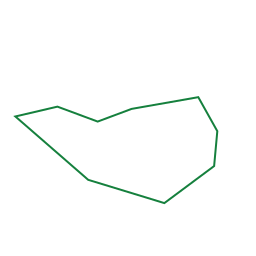 an SVG outline of St. Eustatius, rotated 315°
{"feature_id": "NLD-5148", "entity_name": "St. Eustatius", "entity_type": "Special Municipality", "adm_level": 1, "iso_a3": "NLD", "parent_name": "Netherlands", "parent_adm1": "", "projection": "albers", "projection_center": [-62.975, 17.495], "detail": "fine", "context": "isolated", "style": "outline", "palette": "green", "viewbox_px": 256, "rotation_deg": 315, "n_neighbors": 0, "source": "natural_earth", "source_scale": "10m", "svg_char_len": 279}
<svg xmlns="http://www.w3.org/2000/svg" viewBox="0 0 256 256"><g transform="rotate(315 128 128)"><path d="M56.5,40.2L93.2,63.0L111.1,102.0L144.0,117.0L199.5,155.9L188.9,193.4L162.0,215.8L100.6,206.8L63.2,136.5L56.5,40.2Z" fill="none" stroke="#15803d" stroke-width="2"/></g></svg>